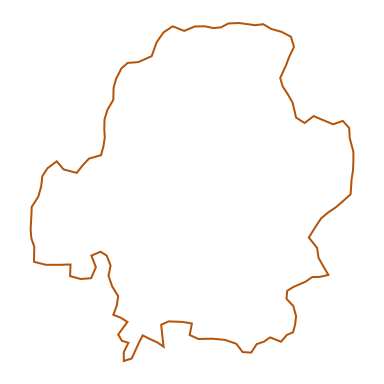 the district of Tuiuti, São Paulo, Brazil
{"feature_id": "56859067B66015018997927", "entity_name": "Tuiuti", "entity_type": "district", "adm_level": 2, "iso_a3": "BRA", "parent_name": "Brazil", "parent_adm1": "São Paulo", "projection": "robinson", "projection_center": [-46.691, -22.831], "detail": "fine", "context": "isolated", "style": "outline", "palette": "amber", "viewbox_px": 384, "rotation_deg": 0, "n_neighbors": 0, "source": "geoboundaries", "source_scale": "gbopen_adm2", "svg_char_len": 1623}
<svg xmlns="http://www.w3.org/2000/svg" viewBox="0 0 384 384"><path d="M31.4,238.5L34.3,246.8L34.0,261.8L45.8,264.8L60.4,264.8L70.5,264.5L70.1,276.1L80.7,279.0L91.1,278.2L95.9,267.2L91.4,255.6L100.6,251.7L106.7,255.6L110.6,265.6L108.5,275.7L112.2,286.5L118.2,296.2L116.8,305.5L113.3,314.8L120.5,317.6L127.4,321.9L118.2,334.5L121.9,340.8L128.4,342.8L123.8,352.1L123.8,361.0L131.7,358.5L139.0,342.5L142.7,335.4L149.2,338.7L157.5,342.5L163.6,346.7L162.4,336.3L161.2,324.8L168.6,321.4L182.5,321.9L191.9,323.5L189.7,335.0L198.4,339.0L212.5,338.7L225.1,339.9L236.4,343.8L242.6,352.1L251.2,352.6L256.7,344.1L263.9,341.7L270.1,337.4L281.0,341.7L286.8,335.0L293.0,332.3L295.1,324.8L296.1,316.1L293.3,306.0L286.5,298.8L287.2,290.8L293.3,287.0L305.7,281.6L312.2,277.1L319.8,276.9L328.4,274.9L324.0,267.4L318.5,257.8L317.1,247.9L308.8,237.5L315.7,226.5L321.2,218.3L328.4,212.3L335.3,207.7L341.1,202.8L350.6,194.3L351.6,179.2L353.0,170.4L353.4,161.1L353.4,151.9L349.7,138.0L349.2,128.0L342.8,120.9L333.1,124.3L313.6,116.1L304.6,123.0L296.1,117.6L292.6,102.7L287.9,94.4L282.7,86.5L280.2,78.0L286.1,65.1L289.3,56.6L294.0,46.9L291.0,36.8L281.7,31.9L271.1,28.9L263.2,24.2L255.3,25.2L238.7,23.0L228.3,23.5L221.1,27.3L213.5,28.1L204.9,26.3L194.7,26.5L184.2,30.9L172.7,26.3L163.5,32.4L156.6,42.3L151.7,56.1L138.3,62.1L127.7,62.9L121.5,68.3L116.1,78.8L113.6,87.6L113.3,99.8L107.4,109.9L104.5,119.5L104.3,129.2L104.8,137.5L103.4,146.5L101.0,155.2L89.0,158.6L83.1,164.8L76.7,172.9L63.6,169.4L56.7,161.3L47.4,168.3L42.3,176.3L41.2,186.3L38.3,196.7L31.7,206.9L31.4,215.2L30.6,229.6L31.4,238.5Z" fill="none" stroke="#b45309" stroke-width="2"/></svg>